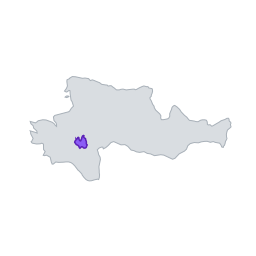 location of Sinphyong, Hwanghae-bukto, North Korea, rotated 50°
{"feature_id": "82179303B74961933380219", "entity_name": "Sinphyong", "entity_type": "district", "adm_level": 2, "iso_a3": "PRK", "parent_name": "North Korea", "parent_adm1": "Hwanghae-bukto", "projection": "mercator", "projection_center": [126.713, 38.983], "detail": "fine", "context": "in_parent", "style": "filled", "palette": "violet", "viewbox_px": 256, "rotation_deg": 50, "n_neighbors": 0, "source": "geoboundaries", "source_scale": "gbopen_adm2", "svg_char_len": 4465}
<svg xmlns="http://www.w3.org/2000/svg" viewBox="0 0 256 256"><g transform="rotate(50 128 128)"><path d="M148.6,183.6L147.7,184.1L146.3,186.7L144.9,189.9L143.6,191.7L142.1,192.7L140.5,193.3L137.3,193.5L134.4,193.3L133.5,192.9L129.5,193.1L128.4,193.4L122.6,193.1L119.6,193.4L117.7,194.0L115.8,195.3L114.1,197.3L112.7,199.4L109.7,203.3L107.6,205.2L107.6,207.9L107.5,208.7L106.8,209.3L106.5,209.1L105.3,208.9L100.4,206.4L96.4,207.9L95.4,209.9L94.4,210.5L92.8,206.6L90.2,206.5L86.0,203.1L84.2,203.8L83.8,205.2L81.5,208.3L78.3,210.9L77.3,211.2L76.2,211.0L76.3,210.3L75.0,207.4L70.0,206.3L68.2,205.0L67.3,204.8L72.2,201.5L73.5,200.9L72.5,200.2L71.5,199.8L67.4,200.3L65.3,199.2L62.3,199.6L60.1,198.7L64.6,195.6L64.8,193.7L64.7,192.2L66.9,188.0L69.2,185.6L75.0,182.3L77.5,181.8L79.4,182.0L80.9,181.7L79.3,180.4L77.7,179.8L74.7,179.9L71.6,178.0L71.3,176.0L77.4,163.1L77.5,161.9L76.5,158.8L76.2,155.7L71.9,153.9L70.0,153.7L64.4,150.2L62.2,148.5L61.3,149.0L61.1,151.8L60.3,152.4L58.9,152.9L58.1,149.7L56.9,147.4L53.3,145.1L51.9,143.8L52.6,141.0L52.3,140.8L52.8,137.6L55.1,135.2L60.7,130.9L62.1,128.8L64.9,126.4L66.2,126.5L67.5,126.3L67.9,125.2L68.2,124.4L69.3,123.7L72.0,122.3L75.1,120.6L77.6,120.1L80.6,117.5L81.8,116.3L83.0,116.3L83.4,115.8L84.1,114.5L85.0,113.6L86.4,113.4L88.6,112.8L91.3,112.4L93.2,110.2L93.8,108.6L95.0,106.8L97.7,104.9L99.5,102.1L101.5,99.1L102.4,98.1L103.3,97.9L103.9,96.8L104.5,93.5L105.4,90.3L106.0,88.8L108.3,87.2L108.9,86.4L109.4,86.1L110.5,86.4L111.9,85.4L113.3,84.3L114.5,84.7L115.7,85.6L117.0,87.4L117.6,88.8L118.7,89.9L118.8,91.6L119.9,92.4L122.1,92.7L125.7,93.9L128.0,94.0L129.3,94.8L132.1,95.3L137.6,94.6L139.9,95.0L140.8,96.1L142.2,96.9L143.2,97.0L144.4,95.5L145.7,93.2L146.6,91.4L146.5,89.9L145.8,88.4L143.9,86.9L142.7,84.7L141.6,82.4L140.9,81.7L140.4,80.6L140.3,78.8L140.7,77.7L143.4,76.9L147.0,76.5L149.8,76.9L154.6,76.6L157.5,76.0L159.7,76.1L161.7,76.0L162.6,75.1L165.4,72.7L166.8,71.8L168.3,70.2L168.5,68.5L168.8,67.2L169.6,65.7L171.1,63.9L172.4,63.0L173.7,63.2L175.2,64.0L176.1,64.8L177.2,64.6L178.1,63.2L178.6,62.9L180.3,62.8L180.8,61.9L181.5,57.7L182.1,54.4L182.3,52.0L183.8,48.2L184.2,45.9L185.1,44.8L186.2,44.9L187.0,45.6L188.1,46.0L189.6,45.6L190.6,46.2L191.2,47.4L193.3,48.3L193.5,48.9L193.5,53.1L194.7,55.0L196.2,56.8L198.4,58.4L199.5,58.8L200.2,59.9L200.9,61.9L202.4,63.8L203.2,65.2L203.4,66.7L204.1,67.5L202.8,68.4L201.2,67.8L198.6,67.5L195.1,70.4L193.2,71.4L191.9,74.1L189.2,75.8L187.7,77.6L185.8,80.6L184.6,83.6L181.7,86.6L180.0,90.3L180.0,93.5L181.8,96.8L182.0,99.6L180.7,105.4L181.4,111.5L180.6,113.9L171.8,118.0L169.5,120.1L166.2,125.5L162.3,127.4L159.8,129.6L156.4,130.9L154.2,134.7L151.8,136.8L149.0,138.1L146.9,139.8L142.1,139.9L138.8,141.0L136.4,144.2L129.2,147.7L128.2,150.4L128.7,154.6L128.7,157.7L128.1,160.3L126.5,159.6L125.7,160.4L124.8,162.8L125.0,165.6L127.5,166.5L129.5,167.6L132.3,168.1L134.4,169.4L138.9,175.1L142.5,177.7L143.5,178.6L145.6,179.9L147.5,181.8L148.6,183.6ZM65.3,155.4L63.9,156.3L63.9,154.7L64.9,153.3L66.0,153.1L65.3,155.4Z" fill="#d9dde1" stroke="#a8b0b8" stroke-width="1"/><path d="M102.9,174.8L103.6,175.3L103.8,175.9L103.9,176.7L104.1,177.3L104.8,178.1L105.4,178.1L106.6,178.2L107.2,178.3L107.7,178.2L108.4,177.8L108.9,177.6L109.4,177.5L110.2,177.4L110.8,177.6L111.2,177.7L111.8,177.9L112.2,177.9L112.4,177.8L112.6,177.8L112.6,177.4L112.6,177.1L112.5,176.4L112.5,176.0L112.5,175.7L112.7,175.4L113.0,175.1L113.3,175.0L113.6,174.9L114.4,174.9L114.7,174.8L115.0,174.7L115.4,174.3L115.8,173.6L116.0,173.3L116.0,173.0L116.0,172.7L115.9,172.2L115.6,171.8L115.4,171.5L115.0,170.8L115.0,170.7L115.0,170.1L115.1,169.9L115.0,170.0L114.8,170.0L113.9,170.2L113.6,170.1L113.4,170.0L112.9,169.8L112.4,169.2L111.7,168.7L111.2,168.4L110.8,168.3L110.4,168.3L110.2,168.2L109.9,168.1L109.6,167.8L109.1,167.5L108.7,167.4L108.2,167.6L107.9,167.7L107.4,167.8L106.8,167.8L106.6,167.8L106.3,167.6L106.1,167.4L105.8,166.9L105.6,166.7L105.3,166.8L105.1,166.9L105.1,167.1L104.9,167.6L105.0,167.9L105.0,168.3L105.2,168.6L105.3,168.8L105.5,169.1L105.6,169.4L105.8,169.8L106.4,170.3L106.5,170.5L106.7,171.1L106.7,171.3L106.9,171.6L107.1,171.8L107.2,172.0L107.4,172.3L107.4,172.6L107.2,172.9L106.5,173.0L105.9,173.0L105.3,172.8L105.1,172.7L104.8,172.5L104.5,172.3L104.1,172.0L103.9,171.9L103.6,171.9L103.3,172.0L103.2,172.1L103.1,172.3L103.1,172.5L103.1,172.8L103.3,173.1L103.5,173.5L103.6,173.8L103.6,174.1L103.5,174.5L103.3,174.7L103.1,174.8L102.9,174.8Z" fill="#8b5cf6" stroke="#5b21b6" stroke-width="1.5"/></g></svg>